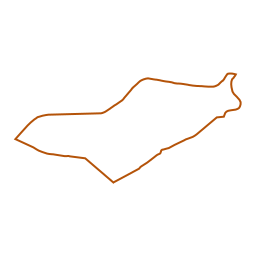 outline of Lejamani, Comayagua, Honduras
{"feature_id": "27666195B32250373817394", "entity_name": "Lejamani", "entity_type": "district", "adm_level": 2, "iso_a3": "HND", "parent_name": "Honduras", "parent_adm1": "Comayagua", "projection": "mercator", "projection_center": [-87.678, 14.367], "detail": "fine", "context": "isolated", "style": "outline", "palette": "amber", "viewbox_px": 256, "rotation_deg": 0, "n_neighbors": 0, "source": "geoboundaries", "source_scale": "gbopen_adm2", "svg_char_len": 4474}
<svg xmlns="http://www.w3.org/2000/svg" viewBox="0 0 256 256"><path d="M235.8,74.4L235.4,74.3L235.0,74.2L234.8,74.1L234.6,74.1L233.9,73.9L233.1,73.8L232.7,73.7L232.3,73.6L232.2,73.6L231.9,73.6L231.7,73.6L231.1,73.5L230.1,73.5L229.9,73.5L229.7,73.5L229.4,73.5L229.2,73.6L228.8,73.6L228.7,73.6L228.4,73.7L228.1,73.7L228.0,73.8L227.9,73.8L227.7,73.9L227.5,74.0L227.4,74.1L227.2,74.2L227.1,74.4L227.1,74.5L226.9,74.7L226.5,75.2L226.1,75.8L225.8,76.3L225.5,76.7L225.2,77.2L224.9,77.7L224.4,78.5L224.3,78.8L224.2,78.9L224.2,79.0L223.9,79.4L223.8,79.5L223.7,79.7L223.5,79.9L223.4,80.0L223.2,80.2L223.1,80.3L223.0,80.5L222.9,80.5L222.7,80.7L222.5,80.8L222.4,80.9L222.2,81.1L221.7,81.4L221.5,81.6L221.3,81.8L221.1,82.0L220.9,82.2L220.5,82.5L220.3,82.7L220.1,83.0L219.8,83.2L219.6,83.4L219.5,83.6L219.3,83.8L219.2,83.9L219.0,84.1L218.9,84.2L218.8,84.3L218.7,84.3L218.6,84.5L218.4,84.6L218.2,84.8L217.8,85.0L217.6,85.1L217.4,85.2L217.2,85.3L216.8,85.5L216.6,85.6L216.4,85.7L216.1,85.9L215.8,85.9L215.6,86.0L215.4,86.1L215.2,86.2L214.9,86.3L214.7,86.3L214.2,86.5L213.8,86.5L213.7,86.6L213.4,86.6L213.2,86.7L212.9,86.7L212.7,86.7L212.4,86.7L212.2,86.7L211.3,86.7L209.7,86.7L208.8,86.7L207.3,86.6L205.7,86.5L204.2,86.4L203.2,86.3L202.2,86.2L201.0,86.1L199.7,86.1L198.4,86.0L197.2,86.0L195.9,85.9L194.0,85.7L192.8,85.6L191.0,85.3L190.3,85.2L189.5,85.1L188.5,84.9L187.7,84.7L186.9,84.6L185.8,84.4L184.9,84.3L183.9,84.1L182.4,83.9L180.9,83.7L180.4,83.7L179.8,83.6L179.2,83.6L178.2,83.5L177.7,83.5L177.3,83.5L176.8,83.5L176.4,83.4L175.7,83.3L175.2,83.3L175.0,83.2L174.7,83.2L174.2,83.1L173.9,83.0L173.7,82.9L173.4,82.8L173.1,82.8L172.8,82.6L172.4,82.5L172.0,82.4L171.6,82.3L171.2,82.2L170.9,82.2L170.5,82.1L170.0,82.0L168.9,81.8L167.8,81.7L166.5,81.5L166.0,81.5L165.5,81.4L165.0,81.3L164.2,81.2L162.7,80.9L161.2,80.6L160.0,80.3L158.8,80.1L158.3,80.0L157.8,79.9L157.5,79.9L157.2,79.8L156.7,79.7L156.2,79.7L154.7,79.5L153.3,79.3L152.8,79.2L152.3,79.1L151.8,79.0L151.0,78.9L150.5,78.8L150.0,78.7L149.5,78.6L148.7,78.5L148.5,78.4L148.4,78.4L148.2,78.4L147.9,78.4L147.7,78.4L147.4,78.4L147.2,78.5L146.7,78.5L146.4,78.6L146.1,78.7L145.8,78.7L145.5,78.8L145.2,78.9L144.9,79.0L144.6,79.1L144.0,79.2L143.7,79.4L143.3,79.5L143.0,79.6L142.6,79.8L142.3,79.9L142.0,80.1L141.6,80.2L141.0,80.6L140.9,80.6L140.7,80.7L140.6,80.8L140.4,80.9L140.3,81.0L140.1,81.1L139.9,81.3L139.7,81.4L139.6,81.5L139.3,81.8L138.6,82.4L137.8,83.2L137.1,83.9L136.3,84.6L135.3,85.5L133.7,86.9L133.6,87.0L133.4,87.2L133.2,87.3L133.1,87.5L132.9,87.6L132.7,87.8L132.6,88.0L132.4,88.1L132.3,88.3L132.2,88.4L132.1,88.6L131.9,88.7L131.8,88.9L131.6,89.1L131.4,89.5L131.1,89.9L130.8,90.2L130.5,90.6L130.0,91.2L129.2,92.1L128.3,93.1L127.8,93.8L127.2,94.4L126.8,94.9L126.5,95.3L125.7,96.2L124.8,97.2L124.7,97.4L124.5,97.6L124.3,97.8L124.2,98.0L123.9,98.3L123.8,98.5L123.7,98.7L123.5,98.9L123.4,99.0L123.1,99.4L123.0,99.5L122.9,99.6L122.7,99.8L122.5,100.0L122.4,100.1L122.2,100.2L122.1,100.4L121.9,100.5L120.3,101.6L118.7,102.7L116.7,104.1L115.6,104.8L114.5,105.4L114.4,105.5L114.2,105.6L114.0,105.8L113.8,105.9L113.6,106.1L113.4,106.2L113.3,106.3L113.1,106.4L112.6,106.8L112.0,107.2L111.1,107.8L110.3,108.4L109.8,108.8L109.3,109.1L108.4,109.7L107.5,110.3L106.6,110.9L105.8,111.4L105.5,111.6L105.1,111.8L104.9,111.9L104.8,112.0L104.7,112.0L104.3,112.2L104.1,112.3L103.8,112.4L103.7,112.5L103.3,112.6L102.9,112.8L102.7,112.8L102.4,113.0L102.2,113.0L101.8,113.1L101.4,113.2L101.1,113.3L48.5,114.7L46.2,115.0L42.6,115.7L40.6,116.3L37.5,117.2L36.1,118.3L34.4,119.4L30.8,122.4L27.6,125.5L21.0,132.8L15.4,139.1L23.2,142.7L33.4,147.4L36.4,149.3L38.7,150.6L42.3,152.0L47.1,153.6L49.4,154.0L51.4,154.2L53.2,154.3L54.9,154.6L64.4,156.1L65.8,156.1L67.0,156.1L67.9,156.0L68.8,156.0L69.5,156.3L85.2,158.3L113.4,182.5L113.5,182.4L116.3,180.9L139.2,168.6L139.9,167.6L140.7,166.8L142.0,165.9L147.2,162.6L153.7,157.6L156.6,155.3L157.5,154.7L158.9,154.1L160.1,153.5L160.5,152.9L160.8,151.9L161.0,151.5L161.1,150.8L161.3,150.4L162.2,149.7L163.5,149.5L165.2,149.0L167.4,148.4L168.7,148.1L174.6,144.9L184.0,140.4L185.8,139.4L188.1,138.6L192.7,136.9L194.6,135.8L196.6,134.4L199.8,131.7L216.8,117.4L223.8,116.7L224.6,114.6L225.2,113.0L226.5,111.6L228.2,110.8L230.8,110.3L233.6,109.9L235.7,109.6L237.8,108.8L239.2,107.8L240.0,106.3L240.6,104.2L240.6,102.1L239.4,99.7L238.2,98.4L236.9,96.9L235.7,95.7L233.9,93.9L232.5,91.6L231.5,87.2L231.2,84.2L231.4,81.6L232.1,79.3L233.5,77.9L234.4,76.6L235.1,75.7L235.8,74.4Z" fill="none" stroke="#b45309" stroke-width="2"/></svg>